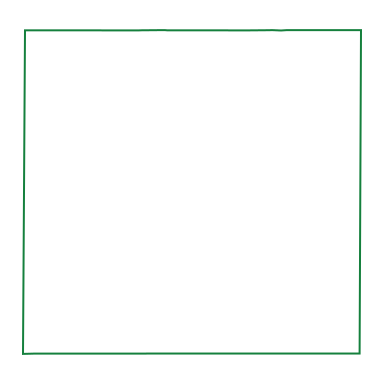 Norton, Kansas, United States of America
{"feature_id": "52423323B84788735948293", "entity_name": "Norton", "entity_type": "district", "adm_level": 2, "iso_a3": "USA", "parent_name": "United States of America", "parent_adm1": "Kansas", "projection": "robinson", "projection_center": [-99.829, 39.784], "detail": "fine", "context": "isolated", "style": "outline", "palette": "green", "viewbox_px": 384, "rotation_deg": 0, "n_neighbors": 0, "source": "geoboundaries", "source_scale": "gbopen_adm2", "svg_char_len": 370}
<svg xmlns="http://www.w3.org/2000/svg" viewBox="0 0 384 384"><path d="M359.6,353.5L361.0,30.1L360.6,30.1L359.2,30.1L303.6,30.1L296.1,30.1L287.2,30.1L281.0,30.5L276.5,30.3L271.7,30.1L269.6,30.2L246.6,30.4L189.9,30.3L175.4,30.3L166.9,30.3L164.6,30.1L141.3,30.3L138.6,30.4L25.0,30.3L23.0,353.9L34.4,353.6L359.6,353.5Z" fill="none" stroke="#15803d" stroke-width="2"/></svg>